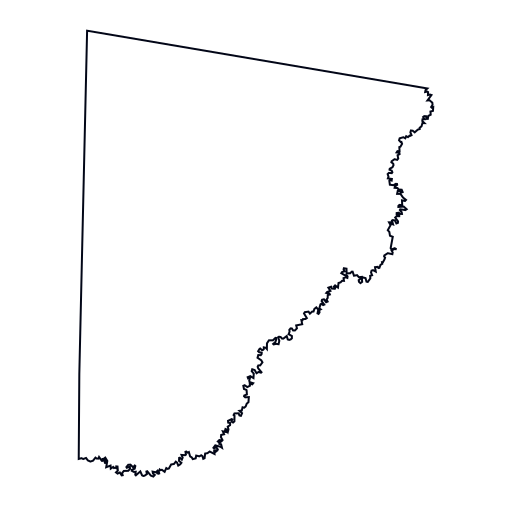 Belgrano, Santiago del Estero, Argentina (Albers equal-area conic projection), rotated 271°
{"feature_id": "61730980B47284560228773", "entity_name": "Belgrano", "entity_type": "district", "adm_level": 2, "iso_a3": "ARG", "parent_name": "Argentina", "parent_adm1": "Santiago del Estero", "projection": "albers", "projection_center": [-62.359, -29.145], "detail": "fine", "context": "isolated", "style": "outline", "palette": "ink", "viewbox_px": 512, "rotation_deg": 271, "n_neighbors": 0, "source": "geoboundaries", "source_scale": "gbopen_adm2", "svg_char_len": 5990}
<svg xmlns="http://www.w3.org/2000/svg" viewBox="0 0 512 512"><g transform="rotate(271 256 256)"><path d="M50.0,82.3L50.8,85.0L50.0,86.8L51.1,89.6L48.7,91.4L47.6,94.0L48.5,96.6L51.6,99.0L50.7,100.2L50.7,102.0L52.3,102.6L48.5,105.4L48.5,106.0L50.4,106.2L50.5,107.4L46.5,108.6L46.5,109.4L49.5,109.1L51.0,107.8L51.8,108.8L48.5,110.9L42.2,109.9L43.9,114.2L40.9,114.5L42.6,116.9L41.5,117.7L41.9,118.9L41.2,120.3L43.2,120.1L43.1,121.2L39.0,121.6L37.2,119.8L36.0,121.4L37.2,123.6L34.3,125.5L34.5,126.5L36.6,125.9L38.8,127.6L39.0,132.0L41.0,133.8L43.0,133.5L42.0,130.5L42.7,130.1L45.0,131.9L45.2,134.1L42.6,136.8L44.4,138.4L43.9,139.0L41.2,138.4L40.1,135.7L39.1,135.5L38.0,137.6L38.2,139.5L35.2,139.1L34.6,139.7L38.6,144.1L34.7,145.9L34.1,147.2L34.4,148.4L36.0,150.7L38.6,150.2L38.9,151.0L34.6,154.7L33.7,157.2L35.3,158.6L36.7,156.8L38.6,156.4L38.0,159.6L39.2,160.9L37.0,161.1L36.6,162.2L36.9,163.0L39.1,162.5L40.9,163.4L40.2,164.2L40.6,165.6L38.6,168.4L42.4,170.0L41.6,171.3L42.0,172.6L46.1,174.8L46.6,177.6L49.0,179.4L48.0,180.7L45.1,181.9L46.4,183.9L47.9,185.0L49.8,182.6L52.8,182.7L53.0,183.4L51.1,185.4L53.1,186.2L55.8,185.0L55.6,188.6L56.2,189.4L59.0,188.9L59.3,189.7L58.2,191.2L58.8,192.3L54.5,193.6L53.5,195.3L51.8,196.3L52.6,199.2L55.4,199.7L54.7,202.9L55.8,204.7L54.9,206.0L52.3,206.8L52.9,208.1L57.6,208.6L58.0,210.9L59.7,213.1L57.3,218.0L58.7,217.9L59.6,219.1L60.3,217.5L61.0,217.7L61.0,220.8L61.9,221.2L63.9,219.8L63.1,217.3L63.5,216.8L66.0,218.6L64.6,223.9L63.7,225.3L67.1,224.4L67.5,222.6L68.7,222.7L69.7,224.1L70.0,223.2L69.2,222.1L69.9,221.1L71.4,222.6L70.9,224.9L71.4,225.7L74.3,224.1L76.5,224.3L77.2,227.2L80.1,225.9L79.5,229.1L81.0,228.1L82.5,228.5L82.0,229.7L79.7,230.9L82.2,231.5L84.9,230.7L86.4,233.0L87.5,233.1L88.6,232.9L88.9,231.1L90.7,230.9L92.5,234.5L92.2,235.1L90.1,234.4L89.4,235.2L89.1,236.0L90.3,237.3L95.9,237.3L96.6,236.4L98.2,237.2L98.4,241.4L96.3,242.2L95.9,243.7L98.6,244.8L100.9,242.2L101.3,244.5L104.5,245.2L104.1,246.8L105.4,248.3L108.2,249.3L109.7,251.0L114.8,251.3L114.5,247.7L115.6,246.5L116.3,246.7L117.4,249.3L121.2,249.0L122.0,248.7L122.8,246.3L126.0,245.6L126.6,246.9L124.8,249.6L126.2,252.2L128.3,252.0L127.6,254.5L128.8,255.4L129.8,251.8L131.3,251.4L133.9,252.1L134.4,251.5L133.6,250.2L134.7,249.8L135.8,252.3L133.9,255.6L138.4,255.8L140.8,253.7L142.7,254.2L141.9,256.7L138.8,258.6L140.1,260.6L139.4,263.0L139.9,263.5L143.8,260.1L145.3,259.6L146.6,260.2L146.7,262.1L149.8,264.3L151.8,263.1L154.3,259.3L157.0,260.0L156.9,262.5L158.0,263.3L159.5,263.4L159.8,260.9L160.8,259.8L163.1,261.1L163.6,261.8L162.0,263.6L162.2,264.6L163.0,265.4L164.8,265.4L164.4,267.4L163.2,268.5L168.9,268.5L171.9,270.4L172.0,274.4L174.5,276.9L174.4,277.5L172.5,277.6L170.2,276.8L168.4,274.7L167.9,275.2L168.5,277.6L168.2,280.1L171.6,280.8L175.1,279.5L175.7,280.4L175.4,282.1L173.9,283.4L173.9,284.8L176.5,288.1L173.1,289.2L172.7,290.7L173.2,292.1L174.3,293.3L176.6,293.3L178.4,290.0L180.9,290.9L182.7,290.6L184.2,291.8L184.2,293.1L182.2,294.4L182.2,296.2L184.4,298.2L187.3,297.4L188.6,303.4L192.7,302.5L192.6,303.6L193.7,304.0L193.9,306.6L194.8,307.9L199.4,305.0L200.7,305.8L201.3,309.5L199.3,310.9L201.4,313.1L201.5,314.5L204.1,315.3L205.7,317.2L203.4,319.2L199.7,318.5L199.2,319.5L200.7,320.5L203.0,320.1L203.8,321.6L204.7,320.2L208.8,321.3L209.3,322.0L208.1,324.0L208.6,325.1L212.1,322.4L213.4,322.8L213.9,324.7L211.0,326.9L211.7,328.4L213.7,327.3L215.3,328.4L218.1,328.4L218.8,330.5L219.7,330.1L220.3,327.0L221.3,327.8L222.4,331.0L225.6,328.9L226.6,331.6L224.8,332.2L224.6,335.4L226.0,336.0L225.7,335.4L226.7,334.4L228.0,335.6L225.9,338.5L230.5,339.0L231.1,341.0L232.7,342.5L232.7,344.4L235.4,343.9L236.3,346.0L235.7,347.7L237.2,347.9L238.0,347.3L238.5,344.8L240.3,341.6L241.5,342.4L242.2,344.8L244.2,343.8L245.3,344.1L244.9,346.7L240.2,346.9L240.4,350.5L242.0,352.0L242.0,352.9L238.0,354.3L238.6,357.4L236.6,359.2L236.9,361.7L235.1,360.9L233.6,359.1L232.0,359.4L230.7,360.9L232.0,362.6L234.9,362.3L236.5,363.2L235.8,365.9L232.3,366.9L232.0,368.2L235.6,370.7L238.2,370.5L238.8,372.4L241.6,371.3L243.4,371.8L243.9,373.2L242.5,376.0L246.9,375.2L247.3,377.9L246.1,378.6L246.3,379.6L249.3,380.6L250.4,382.4L252.0,382.1L252.0,383.0L254.6,384.4L256.6,385.1L257.8,384.1L258.8,384.3L261.1,387.7L260.2,392.3L261.9,392.6L263.8,391.5L265.4,394.2L265.2,396.4L266.2,394.5L264.9,391.3L266.2,390.5L277.6,392.4L278.6,389.6L282.4,388.9L284.1,387.3L289.2,390.0L292.0,388.4L292.1,390.7L290.4,391.4L290.0,392.5L293.8,391.3L294.3,392.1L294.0,394.2L291.0,395.8L291.6,397.3L293.1,397.4L296.9,394.5L298.3,396.0L298.3,398.5L299.2,398.5L300.1,398.1L300.2,395.9L301.4,395.9L301.8,398.0L300.6,399.4L300.6,401.2L302.3,400.9L304.5,399.0L305.2,399.4L304.5,404.5L305.4,405.8L308.0,402.8L307.5,397.5L308.6,397.5L309.6,398.5L309.4,401.3L314.2,401.0L313.6,404.0L314.7,405.0L317.0,402.0L320.6,399.4L320.6,396.0L323.6,396.6L323.4,398.7L321.9,399.9L322.5,401.5L324.8,400.5L325.0,397.4L326.4,396.3L326.6,393.4L327.9,393.7L329.6,395.9L330.5,395.7L330.6,394.5L329.2,392.2L329.6,388.6L333.6,388.0L334.4,388.8L333.8,390.3L335.4,390.5L335.9,386.5L337.6,387.1L340.2,386.2L341.4,387.4L341.2,390.3L342.1,390.9L343.7,390.2L344.6,388.0L345.6,388.2L347.1,390.9L349.2,391.9L350.7,391.6L352.1,389.7L353.1,390.0L355.2,392.8L354.6,395.5L355.9,396.5L359.2,395.8L360.4,397.8L361.7,397.5L362.0,394.8L363.3,395.6L363.3,397.7L367.4,397.4L367.8,398.5L370.7,400.1L372.6,399.4L372.4,398.7L374.2,397.0L376.2,397.6L377.3,401.3L376.3,403.2L378.4,404.1L377.5,405.9L379.0,407.4L378.7,407.8L379.5,409.4L382.3,408.2L384.2,408.7L384.0,410.5L382.4,412.5L385.2,415.6L385.8,417.5L387.1,417.4L388.5,419.2L391.8,420.1L391.8,422.1L393.9,419.9L395.6,420.1L395.7,422.1L397.9,420.7L398.8,421.8L398.7,423.6L396.1,424.1L396.1,425.4L399.1,425.8L400.3,428.2L403.5,427.9L404.2,430.4L407.9,430.6L407.3,429.2L408.0,428.5L410.2,429.9L412.4,429.6L414.7,426.8L414.5,424.7L420.0,428.6L420.5,427.1L419.9,425.1L422.9,425.2L423.4,424.4L422.9,422.3L424.8,422.6L426.5,424.4L478.3,83.2L135.0,81.4L50.0,82.3Z" fill="none" stroke="#020617" stroke-width="2"/></g></svg>